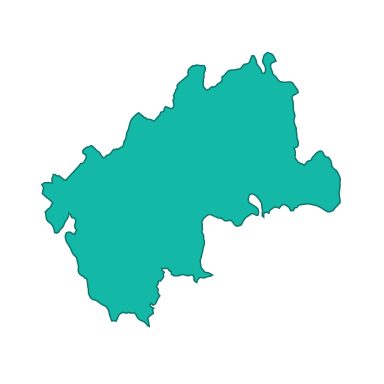 Piracicaba, São Paulo, Brazil (Equal Earth projection), rotated 169°
{"feature_id": "56859067B64041724273684", "entity_name": "Piracicaba", "entity_type": "district", "adm_level": 2, "iso_a3": "BRA", "parent_name": "Brazil", "parent_adm1": "São Paulo", "projection": "equal_earth", "projection_center": [-47.797, -22.712], "detail": "fine", "context": "isolated", "style": "filled", "palette": "teal", "viewbox_px": 384, "rotation_deg": 169, "n_neighbors": 0, "source": "geoboundaries", "source_scale": "gbopen_adm2", "svg_char_len": 6011}
<svg xmlns="http://www.w3.org/2000/svg" viewBox="0 0 384 384"><g transform="rotate(169 192 192)"><path d="M68.7,269.5L69.0,272.2L71.6,277.7L72.3,279.7L73.8,281.0L75.2,281.4L80.1,282.0L82.2,282.6L84.4,283.5L86.2,285.6L87.6,288.9L90.0,292.0L90.4,295.3L91.1,299.8L90.2,302.6L88.7,303.6L84.5,304.5L85.4,307.7L86.3,310.7L87.6,312.3L89.3,313.3L91.0,314.4L92.5,314.0L95.0,312.5L96.0,310.7L97.7,307.3L97.7,305.4L96.4,302.2L96.2,299.2L96.9,296.4L98.3,294.7L100.4,295.1L101.2,299.8L102.2,301.6L104.1,305.9L103.8,308.3L104.4,311.1L105.1,313.7L107.2,314.3L109.3,311.1L110.3,309.0L111.5,307.9L113.5,307.3L116.8,307.3L118.6,305.8L120.9,303.8L123.3,303.7L125.9,303.8L127.4,303.6L129.3,304.1L131.1,304.2L133.2,304.0L136.0,302.1L138.2,300.2L140.6,299.3L141.0,296.2L143.2,294.1L145.5,293.4L147.6,292.2L148.8,291.1L150.6,290.8L151.9,291.5L154.3,290.7L155.7,289.6L157.2,289.1L158.9,290.1L160.4,292.5L160.7,295.6L159.8,297.8L159.4,300.4L158.2,302.9L157.8,305.9L156.1,308.5L155.2,310.6L155.7,313.4L157.8,314.2L160.0,314.5L162.0,315.4L164.3,315.8L165.8,315.4L167.3,315.8L169.1,314.9L170.7,313.7L172.1,312.8L173.2,310.1L173.4,307.3L185.2,300.7L186.6,298.8L186.4,296.7L188.2,295.6L189.6,292.9L191.8,290.1L191.5,287.4L193.2,285.7L193.1,283.6L193.2,280.1L194.4,278.6L195.9,277.8L197.7,278.3L199.6,279.7L201.8,280.8L203.3,279.2L203.9,277.1L205.5,276.4L207.5,276.2L208.9,273.9L215.6,268.7L218.4,270.8L220.3,271.6L222.3,272.1L223.7,273.9L225.3,274.6L226.0,276.4L227.6,277.7L229.2,279.9L231.9,278.8L235.7,276.2L237.5,274.7L238.7,273.3L241.2,268.5L242.0,266.4L245.0,262.0L246.3,258.1L247.2,256.5L249.1,254.4L250.1,251.6L251.7,249.7L253.6,249.3L256.5,248.0L258.1,248.8L259.6,248.0L260.9,248.7L264.6,245.4L266.4,244.4L268.9,244.2L271.0,242.5L272.8,242.6L274.2,245.4L275.3,248.6L277.4,250.5L278.9,253.0L280.2,254.9L281.9,256.8L283.5,256.5L284.8,255.9L286.4,256.1L287.8,255.6L289.7,254.8L291.5,253.1L291.6,251.0L290.4,249.6L289.1,248.8L289.1,246.1L291.8,242.5L294.0,240.9L295.8,241.1L299.2,238.2L313.5,227.8L315.3,228.4L319.4,233.3L321.5,233.4L323.0,235.2L324.9,235.7L325.5,233.8L326.9,232.0L327.2,230.1L327.1,227.7L328.8,227.6L330.5,228.6L332.8,228.8L335.0,229.2L338.0,227.9L336.8,224.4L337.7,222.8L338.4,220.9L339.2,219.2L337.8,217.1L336.0,214.6L333.9,212.5L331.9,209.8L330.8,208.0L332.9,205.6L333.8,204.0L335.4,203.2L337.3,202.3L338.5,201.2L339.9,200.5L339.7,197.9L340.0,192.7L339.0,190.7L336.8,188.3L335.2,185.8L334.5,181.8L334.6,178.4L332.7,177.4L330.6,178.0L328.1,180.7L325.9,181.9L324.4,183.7L323.3,185.4L321.9,187.3L319.8,189.2L318.1,191.6L316.7,194.9L315.7,193.2L315.1,190.1L312.2,188.5L311.4,186.4L312.2,184.2L313.4,181.8L313.7,179.3L312.5,176.4L314.4,174.5L315.1,172.9L316.9,173.7L319.2,175.8L320.9,176.2L323.3,175.7L324.5,173.6L325.1,171.0L324.9,169.1L324.6,166.7L323.6,164.6L323.1,162.8L322.0,160.0L321.2,155.8L320.2,153.0L318.2,150.4L317.7,148.4L317.8,145.5L317.6,142.7L317.7,139.7L318.7,136.8L318.5,134.3L317.5,132.4L316.2,131.0L314.3,129.4L313.4,127.6L312.0,127.2L311.8,125.0L312.2,120.3L312.3,115.8L312.9,112.1L311.8,107.6L309.8,105.3L307.8,104.5L306.5,103.6L304.6,101.7L302.9,99.8L300.8,97.9L299.4,97.0L297.7,95.1L296.5,91.8L296.3,89.7L296.4,87.5L296.1,85.3L295.3,80.7L293.3,80.7L291.2,79.7L290.1,81.1L287.5,85.0L285.8,86.2L283.4,87.1L281.8,86.6L279.2,85.5L277.1,85.9L275.1,84.8L273.4,84.6L271.9,84.3L270.6,83.0L269.9,80.2L268.9,77.9L266.8,75.7L264.4,74.3L262.7,72.5L260.8,69.1L259.6,68.2L259.4,73.0L259.6,76.5L257.5,78.3L253.0,80.3L253.3,83.7L251.7,85.2L253.6,86.5L255.1,88.8L253.3,90.4L251.8,88.3L249.2,89.2L246.4,93.0L244.7,95.1L243.4,96.2L244.7,99.4L243.8,103.2L245.1,106.3L242.7,108.3L242.1,110.9L239.9,110.6L237.2,112.9L235.9,114.6L236.0,116.7L234.5,118.5L236.6,120.8L236.4,122.9L234.7,122.1L232.4,122.2L230.5,121.7L229.3,119.0L227.7,117.6L227.8,115.1L225.9,113.3L221.9,112.4L220.3,112.5L217.2,112.9L215.1,112.0L213.0,111.0L211.5,110.4L209.3,110.9L207.1,110.2L206.2,107.2L207.0,105.5L206.1,103.6L204.6,102.3L203.4,104.8L201.7,105.9L200.3,106.6L198.7,106.0L195.9,105.3L194.0,105.9L189.3,105.9L187.7,106.6L189.5,108.1L191.6,109.8L193.5,110.1L194.8,111.1L197.3,115.7L197.5,118.0L197.3,121.1L196.9,123.7L195.3,126.3L194.2,129.3L193.1,131.2L192.4,133.4L191.6,135.0L190.5,137.2L189.2,140.9L189.6,143.6L189.0,146.1L189.1,148.1L190.0,151.1L188.8,153.5L188.6,156.0L188.1,158.0L188.2,160.5L186.7,162.6L185.6,163.9L182.7,165.6L181.0,166.3L179.4,166.7L177.9,166.2L171.3,161.6L168.4,160.8L166.5,159.1L165.6,157.7L163.5,157.0L160.6,157.1L159.1,156.5L157.8,154.7L156.4,151.6L154.5,149.9L151.9,149.9L150.1,150.2L146.9,154.2L145.0,155.9L143.5,157.0L140.7,158.0L138.8,158.9L137.0,159.4L135.0,158.4L133.2,156.8L131.7,156.7L130.8,158.2L130.4,160.7L130.6,162.9L132.1,165.0L135.1,167.9L136.4,169.1L138.2,170.8L138.3,173.3L137.7,175.6L136.7,177.5L135.1,178.8L133.0,178.7L130.3,176.5L128.9,174.7L128.0,173.1L126.4,169.7L125.9,167.6L126.3,162.8L126.3,160.1L127.0,157.9L127.6,155.3L126.4,153.7L125.9,156.5L124.5,158.2L122.2,157.6L120.4,156.6L119.3,159.0L114.7,161.2L113.0,161.4L111.1,160.6L109.4,159.4L107.1,161.6L104.7,162.3L102.9,161.7L101.3,160.0L99.6,158.5L99.2,156.5L98.5,154.6L95.8,154.6L94.4,156.8L92.0,156.8L90.4,158.2L88.6,158.8L83.3,158.6L81.2,158.4L78.9,157.8L74.3,155.8L73.0,155.2L71.2,154.2L69.1,152.6L67.8,151.5L64.9,148.7L62.4,146.6L60.1,146.3L58.4,146.7L56.9,146.9L54.8,149.0L51.7,151.0L48.6,153.4L48.3,155.9L48.1,160.1L47.8,163.1L46.5,166.5L45.9,168.8L45.2,170.9L45.1,172.8L44.3,175.0L44.0,177.5L44.4,180.0L45.9,185.1L48.7,188.3L49.8,190.8L49.6,193.5L49.9,196.5L51.4,200.0L53.8,200.8L55.3,203.0L55.7,205.1L56.8,207.3L58.8,207.8L60.6,207.3L62.5,206.5L66.6,203.4L67.7,202.3L69.1,200.5L70.6,200.2L72.8,200.2L74.4,198.7L76.7,196.8L78.4,198.5L80.6,199.8L82.1,201.1L83.3,203.5L84.5,206.2L83.5,209.0L83.0,211.4L83.0,213.3L83.6,215.7L81.8,215.9L79.7,216.4L78.4,218.9L78.3,222.0L78.7,224.5L78.5,226.7L78.1,229.3L78.0,232.4L77.5,234.7L78.1,237.6L78.6,241.7L77.5,245.0L76.4,247.1L76.5,249.6L76.8,251.6L76.8,253.7L76.2,256.4L75.6,261.7L76.1,265.6L74.3,267.5L71.9,268.2L68.7,269.5Z" fill="#14b8a6" stroke="#0f766e" stroke-width="1.5"/></g></svg>